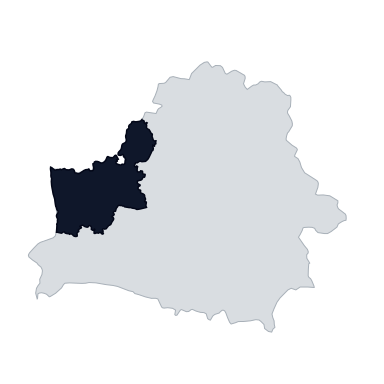 Belarus, with Grodno highlighted, rotated 6°
{"feature_id": "BLR-2344", "entity_name": "Grodno", "entity_type": "Region", "adm_level": 1, "iso_a3": "BLR", "parent_name": "Belarus", "parent_adm1": "", "projection": "orthographic", "projection_center": [25.492, 53.866], "detail": "fine", "context": "in_parent", "style": "filled", "palette": "ink", "viewbox_px": 384, "rotation_deg": 6, "n_neighbors": 0, "source": "natural_earth", "source_scale": "10m", "svg_char_len": 9432}
<svg xmlns="http://www.w3.org/2000/svg" viewBox="0 0 384 384"><g transform="rotate(6 192 192)"><path d="M323.5,274.2L317.1,274.4L309.5,275.2L305.5,278.5L300.7,277.4L297.6,279.4L290.6,288.2L288.0,292.8L285.7,299.8L284.3,305.0L285.5,308.5L287.1,311.6L287.7,315.2L288.6,317.9L286.8,320.0L285.9,323.0L282.6,322.7L278.5,320.2L277.4,316.2L274.2,313.6L272.1,312.3L268.8,312.3L263.6,314.0L256.8,315.4L251.6,316.0L248.8,317.5L244.7,319.2L243.0,317.6L240.5,313.2L238.3,308.7L236.9,306.8L235.7,306.3L234.4,306.4L232.8,308.0L231.7,309.5L227.4,311.4L225.6,313.2L223.7,317.5L222.3,317.2L220.8,316.3L218.9,311.7L216.6,310.7L212.9,310.8L208.4,310.0L204.7,308.7L203.4,309.1L201.2,311.2L198.9,311.6L193.7,310.0L192.7,310.8L189.9,316.1L188.5,316.4L187.7,315.7L188.0,311.2L184.9,309.7L179.9,309.6L176.3,310.4L174.6,310.2L173.7,309.4L169.2,301.9L166.9,301.5L162.8,302.0L156.7,301.2L149.7,299.6L145.8,299.0L143.8,297.3L139.5,296.8L127.9,293.7L123.2,293.2L116.3,293.1L105.8,292.4L99.0,292.8L95.9,293.8L92.2,294.4L79.7,295.2L75.2,296.0L73.9,297.5L72.3,301.0L67.0,306.9L61.9,310.8L61.0,311.1L58.1,308.9L55.7,308.2L52.8,307.9L50.7,308.5L49.4,309.5L49.5,314.1L49.2,314.5L47.1,308.9L47.4,304.0L48.7,301.1L50.3,298.6L49.7,294.7L51.4,289.7L51.5,286.0L50.9,284.4L49.7,282.5L46.6,280.4L45.2,278.8L40.8,276.5L36.6,273.7L35.9,272.1L36.1,271.0L36.9,269.3L40.4,264.5L44.1,259.8L46.5,257.9L58.7,252.1L60.6,250.0L61.2,246.4L61.2,239.0L60.6,232.3L59.8,227.6L57.7,218.9L51.9,200.8L48.8,182.1L51.1,183.3L56.7,183.8L61.2,182.6L63.5,182.5L65.6,183.0L71.5,182.0L72.9,183.7L75.5,185.3L80.7,183.2L85.3,180.6L90.1,181.0L90.8,179.7L92.0,173.1L93.4,171.7L99.1,172.4L101.1,171.2L103.3,168.0L106.7,166.0L109.5,166.0L112.3,163.7L113.8,165.2L114.5,168.0L113.5,170.1L113.9,171.0L115.9,172.1L119.4,172.0L121.6,171.1L122.1,169.9L122.1,167.6L121.5,165.5L120.0,163.7L117.3,162.8L115.4,162.7L115.1,161.6L115.7,159.1L117.4,154.5L119.5,150.4L120.7,148.9L120.9,147.4L120.7,144.9L120.6,140.5L122.4,134.2L124.9,129.4L128.2,127.9L132.2,127.0L134.8,124.8L136.0,122.2L137.0,118.1L138.3,117.3L148.0,117.7L149.4,113.6L150.2,112.5L152.0,111.2L153.3,109.8L152.8,108.7L150.3,108.0L144.5,107.5L143.3,106.1L143.7,104.5L145.2,100.3L146.6,94.9L147.2,90.8L147.3,88.3L148.1,87.6L152.8,86.8L154.3,85.9L158.2,80.2L161.2,79.2L169.2,80.4L172.8,80.2L177.4,80.5L177.7,79.9L179.2,74.2L186.7,65.0L190.7,61.8L193.3,61.0L194.2,61.1L198.5,65.7L199.5,65.8L202.2,63.7L207.0,63.4L209.3,64.9L212.7,70.6L214.4,71.2L218.9,67.7L221.4,66.5L223.1,66.5L232.1,70.5L232.8,71.9L233.0,73.6L231.9,79.0L233.9,82.1L236.2,84.2L240.5,80.3L242.1,79.2L244.0,79.0L246.3,77.6L248.0,75.4L249.6,74.6L252.9,74.9L258.7,74.0L265.7,76.7L266.4,77.7L270.1,81.2L271.4,82.9L272.6,83.4L274.5,85.1L277.0,86.1L278.7,85.6L279.6,86.2L280.4,87.5L280.7,90.0L281.0,96.9L278.8,100.8L278.6,102.1L278.8,103.6L281.0,106.5L283.9,111.0L284.7,113.6L284.8,115.7L281.9,121.9L280.8,123.4L280.2,126.4L280.0,129.4L280.4,130.7L286.6,135.0L291.1,137.2L292.2,138.4L292.3,139.2L290.4,144.5L290.3,145.9L293.9,147.7L296.1,150.9L298.3,156.2L302.0,161.1L315.1,167.7L316.3,169.0L316.8,170.6L316.7,174.2L315.0,181.2L317.3,182.0L322.8,181.2L329.5,181.4L338.0,185.5L338.2,187.6L337.6,189.7L338.3,191.7L339.4,193.4L346.9,198.0L347.7,199.5L348.1,202.1L348.1,204.0L346.2,204.6L344.2,205.8L340.9,208.4L339.8,211.8L334.5,216.8L331.1,219.2L328.3,219.5L321.5,219.2L319.0,217.2L317.8,215.3L315.2,214.6L311.7,214.8L307.0,215.6L306.1,216.3L305.6,218.8L303.9,223.2L302.6,225.8L309.4,233.7L312.7,236.9L313.8,239.0L313.9,240.5L312.6,242.4L313.1,245.9L316.5,250.4L315.6,251.2L315.8,257.1L316.3,263.3L317.2,264.7L319.0,265.8L320.5,267.9L323.2,272.9L323.5,274.2Z" fill="#d9dde1" stroke="#a8b0b8" stroke-width="1"/><path d="M128.7,128.1L132.5,127.3L133.6,126.7L134.1,126.1L134.6,125.3L134.7,125.5L136.6,126.2L137.0,126.6L137.2,127.9L137.5,128.5L137.8,128.7L138.0,128.8L138.2,128.7L139.1,127.9L139.4,127.7L139.7,127.7L140.2,128.0L140.0,128.3L139.4,128.6L139.2,128.9L139.2,129.1L139.7,129.8L139.9,130.4L140.0,130.9L139.9,132.4L140.1,132.8L140.6,133.5L141.4,134.0L142.7,134.4L143.4,135.2L145.2,137.8L145.5,138.1L146.4,138.5L146.5,139.0L146.6,139.3L146.4,140.5L146.5,140.9L147.7,143.6L148.1,144.5L149.6,145.3L150.6,144.8L150.8,144.8L150.8,145.0L150.7,146.3L150.8,146.9L151.0,147.5L150.9,148.0L150.7,148.1L150.1,148.1L149.9,148.5L149.9,150.3L149.7,150.4L148.2,149.6L148.1,150.3L148.2,151.0L148.3,151.3L148.8,152.1L148.9,152.5L149.0,153.0L148.8,154.4L148.7,154.8L147.9,155.4L147.7,155.7L147.4,157.0L145.5,162.3L144.9,163.6L144.5,164.3L143.3,165.6L142.8,166.2L142.5,166.4L139.0,167.1L137.5,166.8L137.0,166.8L136.5,167.0L134.5,168.7L133.0,168.8L132.8,169.1L132.3,170.6L132.0,172.0L132.1,172.4L132.3,172.6L133.3,173.1L133.6,173.0L134.0,172.1L134.2,171.9L135.1,172.3L135.3,172.5L135.1,173.7L135.1,176.0L135.3,176.7L135.6,177.4L135.9,177.6L136.2,177.7L138.2,177.4L138.5,177.2L138.6,176.5L138.7,176.3L140.3,176.4L140.5,176.5L140.7,176.9L141.0,178.6L141.5,179.3L143.4,179.3L143.6,179.6L143.6,180.1L143.5,181.3L143.3,181.8L143.2,182.2L142.0,182.4L141.7,182.7L141.5,183.2L141.0,184.5L140.8,184.8L140.4,185.2L139.8,185.6L137.6,186.3L137.0,186.6L136.7,186.9L136.7,187.2L136.6,188.6L136.7,188.9L137.3,189.4L139.5,190.3L139.7,190.6L139.6,191.1L139.3,191.6L138.2,191.7L138.1,191.9L137.9,194.1L138.2,194.6L138.9,195.2L139.3,195.4L140.4,195.5L140.7,195.7L140.8,196.3L140.8,197.2L140.8,197.6L141.2,198.2L141.4,198.4L143.4,198.9L144.8,199.7L145.2,200.3L145.5,201.9L146.3,203.3L146.5,203.9L146.4,204.7L146.0,205.7L145.9,206.6L146.1,206.7L147.2,206.6L147.6,206.8L147.7,207.5L147.5,210.0L147.8,211.1L148.4,212.0L148.1,212.2L142.2,214.3L139.7,215.0L138.8,215.1L137.1,214.4L134.3,214.3L132.6,213.9L131.2,214.1L126.6,213.8L126.2,213.6L125.7,213.1L125.2,213.1L124.3,213.2L123.3,212.7L122.0,213.0L120.8,212.8L120.3,213.1L119.7,213.8L119.4,214.6L118.4,216.2L118.3,216.7L118.0,218.7L117.9,219.1L117.5,219.3L116.3,219.6L116.0,220.1L115.9,221.2L116.1,221.5L116.8,222.0L116.9,222.4L116.9,222.8L116.5,223.3L115.2,224.3L115.0,224.7L115.0,224.9L115.2,225.2L115.9,225.3L116.2,225.5L116.8,226.4L116.9,226.8L116.9,227.2L116.6,228.2L115.5,230.2L114.6,232.8L114.4,233.0L112.7,234.1L112.4,234.4L111.7,235.6L111.0,236.4L110.9,237.0L110.5,237.5L109.1,238.0L108.4,238.0L107.9,237.8L107.6,237.8L107.2,238.2L107.0,238.4L106.9,238.7L107.0,239.1L107.1,239.4L107.7,240.1L107.7,240.4L107.2,240.9L107.3,241.4L107.5,241.7L108.0,242.0L108.2,242.3L108.1,242.7L107.9,243.0L107.6,243.2L106.8,243.1L106.3,242.8L105.9,242.5L105.6,241.7L105.4,241.7L104.2,242.0L103.4,242.7L101.6,242.6L100.3,243.1L99.8,243.4L99.2,243.3L98.8,243.0L99.0,242.2L98.7,241.5L99.3,239.5L99.3,239.3L99.2,239.2L98.7,239.1L98.4,239.5L98.0,240.2L97.6,240.4L97.2,240.4L95.9,239.8L95.7,239.5L95.8,238.6L95.7,237.8L95.3,237.0L94.8,236.5L93.6,236.1L93.3,236.1L93.1,236.2L92.8,236.5L92.2,237.7L91.7,237.9L90.6,237.9L88.8,237.5L86.8,236.4L86.0,236.6L84.4,237.5L84.2,237.8L84.1,238.0L84.3,238.2L85.5,238.5L85.7,239.1L85.6,239.3L85.4,239.5L84.0,240.4L82.9,241.7L82.9,241.8L83.4,242.5L83.5,242.9L83.4,243.3L82.5,243.9L81.9,245.4L81.9,245.7L82.3,246.5L82.4,247.3L82.4,247.7L82.3,248.0L81.9,248.2L81.1,248.4L80.3,248.4L79.5,248.3L78.7,247.9L78.3,247.5L76.8,246.4L76.4,246.3L75.3,246.5L74.6,246.9L74.4,246.9L74.3,246.7L74.2,246.1L73.9,246.0L72.3,246.5L70.5,246.2L69.9,245.9L69.5,245.1L69.1,244.9L68.8,245.0L68.0,245.4L67.0,246.3L66.4,246.6L62.0,246.1L61.4,246.2L61.2,239.6L61.2,239.2L60.9,238.6L60.9,238.0L61.0,237.6L61.5,236.5L61.5,236.1L61.2,234.5L61.3,233.5L61.3,233.1L60.9,232.3L60.0,231.0L59.7,230.0L59.8,229.0L60.1,228.2L60.5,227.6L60.8,226.8L60.9,225.5L60.6,224.8L60.1,224.4L59.5,223.7L58.6,221.3L58.0,220.5L57.5,218.9L56.3,213.7L55.7,212.0L54.2,208.7L51.7,200.1L51.0,196.3L51.0,193.0L50.3,191.8L50.0,190.6L49.8,187.7L49.5,186.3L49.1,185.1L48.8,183.7L48.8,182.1L49.9,182.4L52.7,184.3L53.3,184.5L53.8,184.5L55.4,183.8L57.4,183.6L58.0,183.2L58.5,183.0L59.3,183.4L59.8,183.5L62.3,182.1L62.8,182.0L64.2,182.9L64.7,183.0L66.8,183.0L67.7,182.8L69.7,181.7L70.8,181.6L71.8,181.9L72.7,183.1L73.2,184.6L73.6,185.2L74.2,185.3L75.3,185.3L76.3,185.6L77.4,185.6L78.6,185.0L82.4,181.8L84.0,180.9L86.0,180.5L86.8,179.9L87.2,180.0L87.6,181.1L88.0,181.5L88.6,181.6L90.7,181.3L91.3,181.0L91.7,180.0L91.8,178.5L91.5,177.5L91.1,176.5L90.7,175.4L90.6,174.5L90.6,174.3L90.8,174.3L91.1,174.0L91.7,173.6L91.7,172.6L91.9,172.3L93.0,171.6L94.5,171.5L95.9,171.7L98.4,172.7L99.9,172.5L101.3,171.6L102.6,170.1L103.1,169.0L103.8,166.4L104.2,165.7L104.8,165.6L106.8,166.3L109.4,166.2L110.2,165.7L111.5,163.8L112.3,163.4L112.7,163.5L112.9,163.7L115.3,167.1L115.0,167.3L114.3,167.2L113.6,167.6L113.6,168.1L114.3,168.6L114.5,169.0L114.3,169.4L113.4,169.7L113.1,170.1L113.4,171.1L114.1,171.8L115.0,172.2L117.8,172.7L118.5,172.7L118.8,172.5L119.3,171.8L119.7,171.6L120.9,171.8L121.3,171.7L122.0,171.2L122.3,170.3L122.3,167.8L122.8,167.0L122.8,166.8L122.7,166.5L122.4,166.3L122.3,166.1L121.8,165.0L121.2,164.3L120.6,164.3L120.1,163.1L120.0,162.6L119.8,162.2L119.4,161.9L118.9,162.0L117.0,163.1L115.6,163.1L114.9,162.9L114.5,162.2L114.5,160.8L115.1,159.6L116.6,157.8L117.2,156.7L117.3,155.6L117.3,154.5L117.4,153.0L117.7,151.9L118.2,151.3L120.2,150.1L120.8,149.5L121.2,148.6L121.4,147.5L121.2,146.5L120.4,144.5L120.2,143.5L120.2,142.8L120.5,141.7L120.7,140.6L120.6,137.8L120.7,137.1L121.0,136.6L121.7,136.0L122.4,135.7L122.5,135.2L122.5,134.8L122.2,133.7L122.2,133.2L122.5,132.2L123.1,131.5L123.8,130.9L124.5,130.2L124.7,129.6L124.8,128.7L125.2,128.4L126.4,127.9L128.7,128.1Z" fill="#0f172a" stroke="#020617" stroke-width="1.5"/></g></svg>